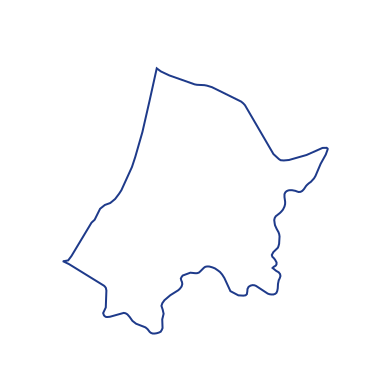 map outline of Lambayeque (orthographic projection), rotated 76°
{"feature_id": "PER-566", "entity_name": "Lambayeque", "entity_type": "Department", "adm_level": 1, "iso_a3": "PER", "parent_name": "Peru", "parent_adm1": "", "projection": "orthographic", "projection_center": [-79.581, -6.354], "detail": "fine", "context": "isolated", "style": "outline", "palette": "blue", "viewbox_px": 384, "rotation_deg": 76, "n_neighbors": 0, "source": "natural_earth", "source_scale": "10m", "svg_char_len": 2265}
<svg xmlns="http://www.w3.org/2000/svg" viewBox="0 0 384 384"><g transform="rotate(76 192 192)"><path d="M227.8,334.1L228.1,333.3L228.4,328.7L225.0,324.5L206.4,305.9L197.4,296.9L195.4,293.2L186.0,285.2L183.5,279.7L182.9,274.0L180.2,268.3L176.0,263.1L173.2,260.1L153.2,244.2L144.3,238.6L121.8,225.6L93.4,211.2L63.5,196.3L67.5,193.0L73.4,185.8L88.2,163.4L89.2,161.2L91.3,154.2L92.4,151.8L95.1,147.3L116.2,122.4L118.4,120.8L120.6,119.6L174.9,103.8L181.1,99.7L182.6,98.3L183.6,95.3L184.4,90.2L183.8,71.9L180.8,54.7L181.7,50.7L182.7,49.9L183.5,50.1L188.0,53.1L195.7,60.3L206.3,68.3L208.3,70.3L210.9,74.2L211.8,76.5L212.8,78.4L213.7,79.8L216.3,82.7L217.6,84.7L218.1,86.6L217.8,88.5L216.9,90.0L215.9,91.4L214.4,94.6L214.0,96.2L213.8,97.4L213.8,98.5L214.1,100.1L215.0,101.6L216.5,102.8L219.3,103.5L224.1,104.0L226.3,104.6L228.5,105.8L231.1,108.0L232.5,109.9L233.6,111.7L235.8,116.6L237.2,118.0L239.1,119.0L242.7,119.4L244.4,119.5L248.2,118.8L251.9,117.8L254.0,117.6L256.3,117.8L263.3,120.0L265.3,121.1L266.8,122.1L270.0,127.6L272.4,129.8L274.3,129.7L276.0,128.6L277.8,127.8L280.8,127.0L282.6,127.5L283.6,128.4L284.2,130.0L284.3,130.7L285.2,132.2L288.9,129.4L290.9,127.3L293.0,126.4L294.9,126.5L296.4,127.4L297.6,128.3L298.6,129.2L302.0,130.8L306.2,132.1L308.6,133.2L310.3,134.5L311.0,136.1L311.1,138.0L310.6,139.9L309.9,141.6L308.9,143.1L298.6,152.6L297.6,154.0L297.0,155.8L297.0,157.8L297.7,160.0L299.5,161.6L301.9,162.4L304.4,163.5L305.2,165.0L305.0,167.2L303.5,172.0L297.5,178.7L283.3,181.4L279.4,182.7L276.4,184.2L274.4,185.8L271.7,188.2L270.1,190.4L268.5,193.2L267.9,195.3L267.8,197.2L268.4,198.8L271.1,203.3L271.9,204.9L272.0,206.8L271.5,208.7L269.9,213.1L270.8,221.2L271.8,222.5L273.3,223.8L275.1,223.8L277.0,223.5L279.0,223.7L281.2,225.0L282.9,227.1L284.0,229.1L286.9,238.0L290.3,244.9L292.7,247.7L295.1,249.2L299.1,248.9L303.3,249.0L308.4,251.7L316.9,253.5L318.4,254.6L320.0,256.2L320.4,258.2L320.5,260.4L320.3,262.5L319.8,264.4L318.8,265.9L317.5,266.9L314.3,268.3L312.1,269.9L306.3,278.1L302.6,281.0L298.2,282.7L295.1,284.3L293.6,285.8L292.8,287.5L293.2,301.8L292.8,304.5L292.4,305.7L291.3,306.8L290.2,307.3L288.0,307.5L283.2,303.6L266.9,298.9L264.2,298.8L262.7,299.4L261.6,300.1L232.2,328.8L227.8,334.1Z" fill="none" stroke="#1e3a8a" stroke-width="2"/></g></svg>